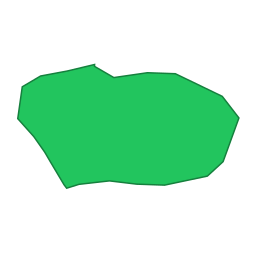 the district of Shirvan City, Shirvan, Azerbaijan, rotated 92°
{"feature_id": "54616110B45272408011177", "entity_name": "Shirvan City", "entity_type": "district", "adm_level": 2, "iso_a3": "AZE", "parent_name": "Azerbaijan", "parent_adm1": "Shirvan", "projection": "equal_earth", "projection_center": [48.921, 39.972], "detail": "fine", "context": "isolated", "style": "filled", "palette": "green", "viewbox_px": 256, "rotation_deg": 92, "n_neighbors": 0, "source": "geoboundaries", "source_scale": "gbopen_adm2", "svg_char_len": 453}
<svg xmlns="http://www.w3.org/2000/svg" viewBox="0 0 256 256"><g transform="rotate(92 128 128)"><path d="M65.7,163.6L73.2,190.8L79.1,217.2L90.5,235.1L96.1,235.7L122.5,238.5L139.8,221.9L155.0,210.4L165.1,204.0L187.0,189.9L190.3,187.2L186.0,175.0L183.0,154.9L181.5,144.7L183.8,117.4L183.8,89.4L173.3,47.0L158.3,31.8L114.1,17.5L93.1,34.9L72.1,82.6L72.1,110.6L78.1,143.9L67.6,163.6L65.7,163.6Z" fill="#22c55e" stroke="#15803d" stroke-width="1.5"/></g></svg>